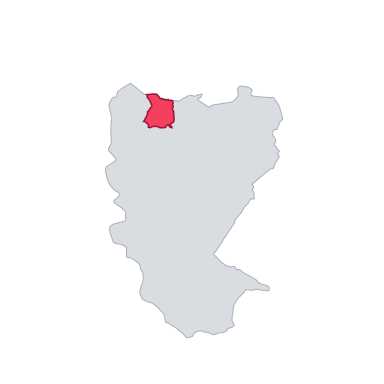 Séno on a map of Burkina Faso (Equal Earth projection), rotated 304°
{"feature_id": "BFA-2876", "entity_name": "Séno", "entity_type": "Province", "adm_level": 1, "iso_a3": "BFA", "parent_name": "Burkina Faso", "parent_adm1": "", "projection": "equal_earth", "projection_center": [0.057, 13.966], "detail": "fine", "context": "in_parent", "style": "filled", "palette": "rose", "viewbox_px": 384, "rotation_deg": 304, "n_neighbors": 0, "source": "natural_earth", "source_scale": "10m", "svg_char_len": 4551}
<svg xmlns="http://www.w3.org/2000/svg" viewBox="0 0 384 384"><g transform="rotate(304 192 192)"><path d="M269.3,244.6L261.3,245.0L258.3,246.2L256.6,246.2L256.5,245.2L256.3,244.6L246.1,241.3L239.0,239.4L231.8,237.3L231.4,239.3L230.3,240.6L228.8,240.7L227.7,240.4L227.0,241.9L225.8,244.0L224.1,245.0L222.5,246.2L221.5,247.3L220.9,247.4L219.2,244.7L217.0,244.5L212.9,244.9L211.1,244.2L208.5,243.9L202.6,244.4L193.1,243.3L191.5,243.9L191.1,244.4L181.7,244.5L171.3,244.6L162.7,244.8L155.1,244.9L155.1,244.4L152.6,244.3L152.4,245.2L150.2,255.7L149.9,261.4L151.1,265.0L152.3,267.2L153.8,268.2L153.9,269.5L152.8,271.1L152.8,272.8L154.2,274.5L154.5,276.4L153.8,278.3L154.0,282.9L155.0,290.2L155.0,295.0L154.0,297.1L154.5,300.8L156.3,306.1L156.6,308.3L156.0,309.3L154.4,310.7L152.8,310.6L151.0,307.5L150.2,306.0L148.7,302.8L147.5,299.6L145.8,298.2L144.1,296.9L142.1,292.8L140.2,290.8L138.1,291.4L135.1,290.6L129.0,289.6L122.4,289.9L119.7,290.8L117.0,292.3L110.1,295.6L107.4,297.2L105.4,301.4L103.1,301.3L100.7,299.9L99.3,298.1L96.2,298.5L93.2,296.7L90.3,293.1L88.2,291.9L85.5,289.4L84.7,284.4L83.0,281.0L81.5,276.2L79.1,274.1L76.4,272.9L72.6,273.2L70.2,271.3L68.2,268.5L68.8,266.0L69.7,262.6L69.8,259.3L70.4,253.9L70.1,247.2L69.4,242.5L71.5,240.5L73.9,238.8L75.5,235.6L77.1,228.5L77.7,222.3L77.3,220.0L76.5,218.2L75.9,215.5L75.5,212.3L76.0,209.5L77.8,206.8L80.1,204.6L81.7,203.6L86.0,202.5L91.4,200.9L94.5,199.0L96.7,197.2L98.0,195.7L99.3,192.7L101.4,190.4L103.0,188.0L103.2,181.5L103.2,177.8L102.1,175.8L101.4,174.0L109.4,168.9L109.4,165.3L108.4,161.3L106.8,158.0L106.3,155.3L108.5,152.0L110.4,149.5L111.9,147.4L115.0,144.2L118.2,143.4L121.2,144.6L129.8,152.1L131.3,152.6L133.1,152.0L135.3,150.0L138.3,148.5L139.4,143.4L139.4,136.0L140.0,132.7L141.6,132.1L146.6,133.5L147.9,133.6L149.3,133.1L150.4,131.8L150.3,129.4L150.1,127.3L151.8,120.4L154.7,115.3L160.7,108.8L162.6,107.6L164.8,106.9L175.5,111.3L177.2,110.2L179.8,99.3L182.7,98.2L186.2,98.0L188.5,97.1L189.7,96.3L194.8,92.2L203.7,86.5L208.6,84.1L209.5,83.2L213.0,79.2L217.6,74.6L220.5,73.7L224.5,73.3L227.1,74.1L227.7,75.4L228.6,76.0L233.8,74.1L241.4,77.2L247.9,80.3L247.5,82.2L247.5,85.6L246.9,91.1L246.2,97.6L248.9,101.8L252.2,106.3L253.0,108.1L252.2,112.5L252.8,115.2L254.5,119.5L257.4,125.1L260.4,130.8L262.5,131.5L264.4,132.0L265.6,133.0L267.4,134.0L269.1,134.6L270.6,135.9L271.6,137.1L272.8,140.6L276.2,143.0L278.6,145.3L277.6,146.4L274.7,146.0L271.9,145.0L271.6,146.6L271.5,153.1L271.9,158.5L272.6,159.2L275.3,160.2L281.9,167.2L287.9,173.8L290.0,175.5L293.3,176.2L297.0,176.5L298.6,175.9L302.1,172.5L304.1,172.1L305.8,172.2L306.8,172.8L308.5,175.5L310.1,179.6L310.6,182.6L310.5,184.3L309.9,184.9L307.0,185.7L305.7,186.3L305.4,187.2L305.8,189.2L306.4,190.5L309.6,196.5L314.3,204.5L315.8,206.5L315.0,208.9L312.6,215.2L310.8,217.8L303.0,226.7L299.2,225.6L291.2,227.4L289.9,225.4L288.1,225.1L285.7,225.5L284.9,226.2L284.6,227.1L283.8,228.3L282.3,231.9L281.2,232.7L279.7,233.3L278.0,233.2L277.0,233.7L277.0,235.4L276.6,236.9L275.5,237.7L275.0,239.4L275.1,241.1L274.4,241.8L272.8,241.4L271.9,241.0L271.1,243.1L270.1,244.6L269.3,244.6Z" fill="#d9dde1" stroke="#a8b0b8" stroke-width="1"/><path d="M247.4,100.1L251.9,105.5L253.2,107.8L253.3,108.1L253.3,108.4L253.0,108.9L252.9,109.3L252.7,110.6L252.6,111.1L251.8,112.6L251.7,113.1L251.8,113.6L252.2,114.4L252.4,114.6L252.6,114.8L252.8,115.1L252.9,115.4L252.9,115.7L252.6,116.4L252.6,116.7L252.9,117.2L253.3,117.4L253.7,117.8L253.7,118.5L254.0,119.3L254.5,119.7L255.0,120.1L255.4,120.6L255.3,120.9L255.1,121.7L255.1,122.1L255.3,122.4L256.0,123.0L256.2,123.4L256.5,124.1L256.7,124.6L256.5,125.1L256.3,125.5L255.7,126.2L255.0,126.7L253.6,126.7L253.2,127.4L252.9,128.3L252.3,128.8L250.9,128.9L249.5,129.6L249.1,130.4L248.8,131.0L248.7,131.6L248.0,132.2L247.2,132.4L246.7,132.8L246.3,133.3L245.9,133.9L245.2,134.3L244.8,134.5L244.5,134.7L243.9,135.1L243.1,136.0L241.6,136.7L240.7,137.3L239.3,137.5L238.2,136.9L236.9,136.3L235.8,136.3L235.3,137.3L234.6,138.8L234.1,139.4L233.5,138.0L233.7,136.7L234.2,135.6L234.3,134.4L233.0,133.9L230.9,133.8L229.7,133.0L228.9,131.6L228.0,130.7L227.3,129.3L227.1,127.3L226.6,126.0L224.9,123.5L224.0,122.6L222.8,121.8L222.2,121.6L222.0,121.3L221.6,120.7L221.3,119.9L221.2,119.6L221.6,119.5L222.6,119.1L223.4,118.0L223.8,116.4L224.0,114.5L223.8,113.0L223.5,112.4L225.5,112.4L231.3,111.7L233.5,110.3L234.7,110.5L235.9,110.8L237.3,110.5L238.9,110.5L240.2,110.9L241.1,110.6L243.3,107.3L243.9,106.0L244.6,105.0L245.6,101.7L246.1,101.6L246.7,101.2L247.4,100.2L247.4,100.1Z" fill="#f43f5e" stroke="#9f1239" stroke-width="1.5"/></g></svg>